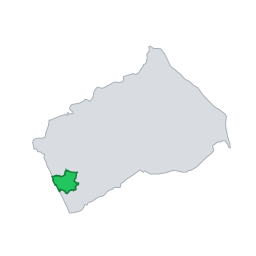 Sissala East, Upper West, Ghana (highlighted), rotated 245°
{"feature_id": "2480657B88326891244380", "entity_name": "Sissala East", "entity_type": "district", "adm_level": 2, "iso_a3": "GHA", "parent_name": "Ghana", "parent_adm1": "Upper West", "projection": "albers", "projection_center": [-1.879, 10.607], "detail": "fine", "context": "in_parent", "style": "filled", "palette": "green", "viewbox_px": 256, "rotation_deg": 245, "n_neighbors": 0, "source": "geoboundaries", "source_scale": "gbopen_adm2", "svg_char_len": 5880}
<svg xmlns="http://www.w3.org/2000/svg" viewBox="0 0 256 256"><g transform="rotate(245 128 128)"><path d="M155.2,35.5L157.1,37.2L157.5,38.2L156.9,42.0L155.5,44.7L154.7,47.2L154.8,48.5L155.6,49.7L158.5,51.6L159.9,52.9L161.6,54.8L163.6,56.7L167.0,59.1L168.4,59.6L168.3,60.3L167.9,61.2L167.6,70.4L167.4,72.7L167.1,73.9L166.9,77.3L166.5,77.8L165.9,77.8L165.3,77.9L165.1,78.6L165.4,79.3L167.4,79.8L167.0,80.3L165.5,80.8L164.8,81.8L165.1,83.0L164.3,83.9L164.5,84.6L165.1,85.0L165.9,84.9L168.3,83.3L169.3,83.1L170.5,83.4L172.8,85.8L172.9,87.0L172.0,91.0L171.1,94.1L171.0,98.3L171.9,100.6L171.8,101.9L170.8,103.0L168.5,104.6L168.6,105.7L169.7,107.7L171.7,110.0L175.6,112.8L177.7,116.4L177.7,117.9L176.6,119.4L175.2,120.7L174.7,122.6L175.5,134.8L172.4,140.2L172.4,141.7L172.7,143.5L173.6,144.5L175.1,144.8L176.4,145.8L176.0,149.5L175.3,153.4L175.3,155.2L174.9,156.1L173.7,156.8L173.2,158.0L173.6,159.5L173.3,160.6L174.0,162.0L175.4,163.8L177.7,168.1L178.6,168.5L179.0,169.4L178.7,170.3L179.6,172.2L182.1,174.1L184.8,175.8L186.9,176.0L187.4,177.5L188.8,179.5L189.9,180.3L191.5,180.8L192.8,181.1L192.9,182.7L190.5,183.9L188.9,185.6L187.7,188.1L186.0,191.0L180.1,192.5L177.9,192.5L165.8,192.7L154.5,198.3L148.0,200.3L144.0,203.4L138.6,205.7L134.8,208.4L127.0,209.7L114.1,214.0L110.1,215.6L106.0,218.6L99.4,222.0L96.8,222.0L91.6,218.7L87.7,217.1L78.2,214.6L71.1,213.7L67.7,212.6L66.7,212.4L67.5,211.2L69.5,211.2L71.6,211.5L73.2,210.7L75.5,210.6L76.1,209.6L76.3,207.3L76.3,205.4L77.1,204.6L77.3,202.4L76.2,197.5L75.4,196.9L71.2,196.2L70.9,195.2L70.2,194.2L69.4,191.7L68.5,187.9L67.1,183.2L64.3,175.5L63.7,172.8L63.2,170.0L63.1,166.7L63.7,165.5L63.6,163.8L63.4,162.1L65.3,158.1L69.2,153.4L70.0,151.6L70.7,150.4L70.8,148.7L71.5,143.1L73.4,136.3L74.5,133.8L75.3,132.4L76.2,130.2L76.5,129.1L80.0,126.5L81.6,125.7L82.0,124.7L81.5,123.6L81.7,122.8L82.5,122.4L83.8,122.1L84.8,121.0L83.3,112.6L82.1,104.3L82.1,103.6L81.4,102.5L80.7,99.0L79.5,97.0L77.8,96.4L77.8,94.5L79.5,91.3L80.0,89.4L79.2,88.9L79.1,87.4L79.6,85.1L79.3,83.6L79.1,82.1L77.3,78.4L76.9,75.8L77.8,74.3L77.8,71.0L76.9,65.9L76.7,62.7L77.4,61.4L77.1,60.1L75.8,58.9L75.7,57.7L76.8,56.5L76.7,55.6L75.3,55.0L74.2,53.4L73.1,50.9L73.3,46.9L75.3,39.6L75.6,39.0L77.8,39.1L77.9,39.4L84.9,39.3L92.8,39.2L102.4,39.2L111.1,39.1L111.5,38.7L112.9,38.3L121.7,39.1L127.2,38.7L129.5,38.9L131.2,39.4L135.0,39.1L137.0,39.3L138.5,41.1L139.2,41.1L140.0,40.3L141.5,39.4L143.1,38.7L144.1,37.3L144.8,36.2L145.8,36.4L147.2,36.3L148.2,35.4L148.6,34.0L155.2,35.5Z" fill="#d9dde1" stroke="#a8b0b8" stroke-width="1"/><path d="M109.3,63.3L109.4,63.2L109.3,62.9L109.4,62.7L109.5,62.6L109.7,62.3L109.7,62.1L109.8,61.9L110.9,59.7L111.8,58.2L112.0,57.9L112.7,57.2L113.5,56.5L113.8,56.2L114.7,55.6L114.9,55.4L115.2,55.1L115.3,55.1L115.5,55.0L115.5,54.9L115.9,54.6L115.5,54.6L115.5,54.4L115.4,54.3L115.2,54.3L115.1,54.1L114.9,54.1L115.2,53.7L115.1,53.4L115.4,53.3L115.5,53.2L115.4,53.0L115.2,52.7L114.8,52.6L114.4,52.6L114.3,52.4L114.3,52.2L114.0,52.1L113.8,51.9L113.7,51.9L113.4,51.7L113.5,51.4L113.2,51.1L112.6,51.1L112.4,51.2L112.3,50.9L112.1,50.8L112.0,50.7L112.1,50.2L112.0,49.9L112.0,49.4L111.9,49.1L111.9,48.9L111.9,48.0L112.0,47.9L112.0,47.7L112.1,47.4L112.0,47.1L112.2,46.9L112.3,46.5L112.5,46.3L112.8,46.4L113.0,46.4L113.2,46.1L113.1,45.9L113.2,45.7L113.3,45.6L113.7,45.5L113.8,45.5L114.0,45.4L114.1,45.2L114.2,44.7L114.0,44.3L114.2,44.1L114.2,43.9L114.4,44.0L114.6,44.0L114.6,43.9L114.6,43.7L114.8,43.6L114.7,43.6L114.9,43.6L115.0,43.5L115.0,43.4L115.1,43.5L115.2,43.4L115.2,43.0L115.3,42.9L115.3,42.7L115.2,42.6L115.3,42.5L115.4,42.3L115.3,42.2L115.3,41.8L115.4,41.7L115.2,41.6L115.3,41.5L115.4,41.4L115.5,41.0L115.5,40.8L115.5,40.7L115.5,40.3L115.5,40.1L115.6,39.9L115.6,39.7L115.7,39.3L115.8,39.2L116.0,39.1L116.0,38.7L112.7,38.7L112.6,37.8L106.9,37.9L106.9,38.8L99.4,38.9L99.4,39.0L99.5,39.1L99.6,39.3L99.8,39.6L100.0,39.8L100.3,40.0L100.4,40.4L100.5,40.4L100.4,40.5L100.5,40.6L100.4,40.6L100.5,40.7L100.4,40.9L100.5,40.9L100.5,41.0L100.3,41.4L100.2,41.4L100.1,41.5L99.9,41.6L99.3,42.4L99.2,42.6L99.2,42.8L98.6,43.1L98.6,43.3L98.3,43.4L98.2,43.4L97.8,43.9L97.6,44.3L97.3,44.6L97.1,44.5L96.9,44.5L96.8,44.4L96.6,44.1L96.4,44.0L96.2,44.1L95.8,44.0L95.6,44.0L95.5,44.3L95.4,44.4L95.3,44.5L95.2,44.6L94.8,44.5L94.7,44.6L94.4,44.9L94.4,45.0L94.5,45.0L94.4,45.1L94.5,45.2L94.5,45.3L94.5,45.2L94.5,45.3L94.5,45.5L94.6,45.8L94.7,46.0L94.8,46.3L94.9,46.5L95.0,46.6L95.1,46.8L95.2,47.0L95.3,47.1L95.4,47.4L95.3,47.5L95.5,47.7L95.6,47.9L95.8,48.0L95.8,48.4L95.8,48.5L95.9,48.8L96.0,48.9L96.0,49.0L95.9,49.2L95.8,49.5L95.7,49.7L95.6,49.9L95.7,50.2L95.5,50.4L95.5,50.5L95.5,50.8L95.8,51.0L95.7,51.1L95.4,51.2L95.4,51.3L95.3,51.5L95.2,51.5L95.1,51.8L95.0,52.0L94.7,52.1L94.4,52.1L94.5,52.3L94.6,52.5L94.7,52.9L94.8,53.0L94.7,53.1L94.8,53.2L94.6,53.3L94.4,53.3L94.3,53.5L94.3,53.8L94.4,54.0L94.3,54.3L94.2,54.5L94.2,54.8L94.3,54.8L94.7,54.7L94.9,54.7L94.9,54.8L95.4,55.2L95.5,55.4L96.0,55.4L96.1,55.2L96.4,55.2L96.5,55.2L96.7,55.3L96.9,55.4L97.0,55.6L97.3,55.8L97.5,56.1L97.4,56.2L97.6,56.3L97.7,56.6L97.7,56.9L97.9,57.2L98.0,57.5L98.0,57.8L98.1,58.0L98.0,57.9L98.0,58.0L97.8,58.2L97.6,58.4L97.6,58.5L97.8,58.8L97.8,59.0L98.0,59.3L98.1,59.2L98.2,59.3L98.6,59.3L98.6,59.5L98.9,59.5L98.9,59.3L99.0,59.4L99.0,59.1L99.3,59.0L99.4,58.9L99.5,58.7L99.7,58.3L99.9,58.3L100.0,57.8L100.4,57.7L100.7,57.9L100.9,57.8L101.0,57.7L101.4,57.5L101.5,57.5L101.8,57.4L101.9,57.2L102.2,57.0L102.2,56.9L102.3,56.6L102.5,56.3L102.5,56.2L102.6,56.4L102.7,56.5L102.9,56.7L103.0,56.9L103.4,57.3L103.8,57.8L104.5,58.9L104.5,59.2L104.6,59.3L104.7,59.6L104.8,59.6L105.0,59.6L105.2,59.8L105.7,60.2L105.9,60.3L106.3,60.7L106.5,60.8L106.8,61.0L107.0,61.1L107.4,61.3L107.6,61.4L107.8,61.5L108.0,61.6L108.2,61.8L108.3,61.8L108.5,61.9L108.7,62.0L108.7,61.9L108.9,62.3L109.0,62.3L108.9,62.4L108.9,62.5L109.1,62.7L109.1,62.8L109.1,63.0L109.3,63.3Z" fill="#22c55e" stroke="#15803d" stroke-width="1.5"/></g></svg>